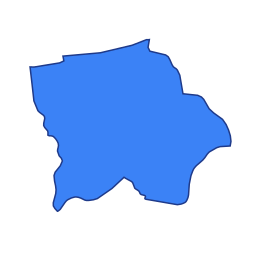 an SVG outline of Maritime, rotated 186°
{"feature_id": "TGO-87", "entity_name": "Maritime", "entity_type": "Region", "adm_level": 1, "iso_a3": "TGO", "parent_name": "Togo", "parent_adm1": "", "projection": "natural_earth1", "projection_center": [1.275, 6.502], "detail": "fine", "context": "isolated", "style": "filled", "palette": "blue", "viewbox_px": 256, "rotation_deg": 186, "n_neighbors": 0, "source": "natural_earth", "source_scale": "10m", "svg_char_len": 1666}
<svg xmlns="http://www.w3.org/2000/svg" viewBox="0 0 256 256"><g transform="rotate(186 128 128)"><path d="M116.0,218.2L116.5,210.3L114.3,206.7L98.2,204.6L95.5,203.1L93.5,200.3L90.9,195.7L89.4,193.7L88.0,192.8L86.5,192.1L85.0,190.8L82.0,185.9L76.9,167.8L62.1,167.8L58.2,166.5L55.6,164.3L49.3,155.6L44.5,152.0L34.9,146.5L30.8,141.7L27.7,136.3L25.4,130.9L24.2,125.4L24.5,120.8L26.8,120.4L34.5,119.1L37.7,117.7L44.5,112.8L45.2,112.0L46.5,110.2L48.5,106.5L50.3,103.9L56.0,97.8L57.3,96.0L58.3,94.4L59.1,92.2L60.4,87.2L61.2,78.5L60.8,67.8L61.1,65.1L61.9,62.4L62.6,60.9L63.5,59.9L65.3,58.8L67.2,57.9L70.9,56.9L102.6,59.0L103.5,59.2L103.9,59.9L103.4,61.5L103.7,62.2L104.6,62.7L107.9,63.2L108.8,63.7L109.4,64.5L109.9,65.5L110.5,66.3L111.4,66.9L112.3,67.4L113.3,67.8L114.5,68.5L115.0,68.9L115.2,69.3L117.5,73.8L118.2,74.6L119.0,75.2L125.1,77.7L126.8,78.6L137.7,66.1L151.1,54.6L154.9,53.0L159.3,51.9L161.6,51.6L163.4,51.8L167.8,53.4L170.2,53.9L172.5,54.0L173.7,53.8L177.0,52.5L180.5,50.3L181.7,49.1L182.9,47.3L186.9,40.0L188.6,38.3L189.4,37.8L189.5,37.8L192.3,40.3L194.1,42.7L194.5,45.8L193.0,55.3L193.1,59.1L194.0,63.0L195.5,67.6L196.6,73.0L195.8,76.5L194.3,78.8L191.4,83.3L189.8,88.4L191.1,90.9L193.6,93.2L195.7,97.7L195.7,99.5L195.4,101.4L195.3,103.4L195.9,105.7L197.1,107.6L198.6,109.4L200.2,110.9L201.7,111.9L203.6,112.2L205.5,112.0L206.9,112.5L207.1,115.1L207.6,116.7L210.8,119.7L212.1,121.6L212.3,123.9L211.8,128.7L212.3,130.7L213.5,131.9L217.7,134.4L219.4,135.8L224.4,145.1L228.1,162.0L231.8,178.5L227.8,178.8L202.8,185.6L198.8,188.0L200.2,192.7L163.4,199.9L132.6,210.7L118.8,217.8L117.2,217.9L116.0,218.2Z" fill="#3b82f6" stroke="#1e3a8a" stroke-width="1.5"/></g></svg>